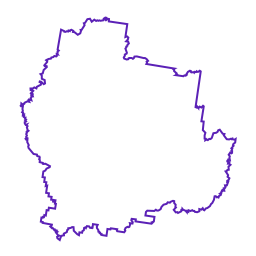 Walcha, New South Wales, Australia, rotated 269°
{"feature_id": "25037944B3824833794033", "entity_name": "Walcha", "entity_type": "district", "adm_level": 2, "iso_a3": "AUS", "parent_name": "Australia", "parent_adm1": "New South Wales", "projection": "mercator", "projection_center": [151.721, -31.198], "detail": "fine", "context": "isolated", "style": "outline", "palette": "violet", "viewbox_px": 256, "rotation_deg": 269, "n_neighbors": 0, "source": "geoboundaries", "source_scale": "gbopen_adm2", "svg_char_len": 5686}
<svg xmlns="http://www.w3.org/2000/svg" viewBox="0 0 256 256"><g transform="rotate(269 128 128)"><path d="M109.8,28.2L103.7,33.1L103.0,36.5L101.5,36.8L100.9,39.0L99.6,39.3L98.4,38.6L97.5,39.3L95.4,39.1L94.6,42.2L93.7,42.2L93.5,42.7L93.7,44.8L91.2,49.3L90.2,49.0L88.8,45.8L86.9,44.6L86.0,42.6L80.4,41.7L80.0,44.0L75.5,43.3L75.2,45.4L71.4,44.7L71.8,46.2L64.6,45.0L64.1,47.8L61.0,47.3L60.5,50.4L57.7,49.9L57.4,52.1L55.7,51.8L55.5,53.0L57.1,53.3L57.0,54.2L53.6,53.6L53.4,54.6L48.6,53.7L49.7,47.5L47.0,47.0L47.3,45.2L41.9,44.3L42.4,42.8L40.4,42.4L40.6,41.4L39.8,41.2L40.0,39.9L35.9,39.2L35.5,41.1L34.6,41.0L32.7,50.2L31.5,49.9L30.8,48.6L29.1,50.3L29.3,51.0L27.4,52.4L27.8,53.0L27.2,53.3L26.8,54.7L26.2,54.1L25.8,54.8L25.6,53.8L24.9,54.0L24.8,54.8L24.5,54.4L22.0,56.2L21.6,57.3L20.4,55.2L19.0,55.5L17.2,57.8L20.3,58.9L21.6,60.2L21.8,62.1L23.5,62.0L25.0,65.0L27.1,65.5L27.6,66.5L28.8,66.5L29.1,69.0L29.9,70.4L29.8,71.8L26.2,72.0L22.7,75.4L21.7,77.1L24.5,77.6L24.1,80.3L25.7,80.6L26.5,82.0L28.9,82.4L29.4,83.7L28.7,84.2L30.6,85.2L30.3,87.4L28.9,88.2L28.6,90.1L29.1,90.1L29.0,90.8L32.5,91.3L31.7,96.0L29.8,95.1L28.5,95.2L26.5,96.5L24.9,96.6L24.8,97.4L23.6,97.7L23.7,98.4L22.2,98.9L22.3,99.5L21.0,99.2L21.5,99.6L20.6,104.6L27.4,105.7L26.8,109.5L27.5,108.6L28.0,109.0L27.0,115.4L25.8,115.0L25.0,115.4L23.8,122.4L25.3,123.5L26.3,123.0L28.1,123.8L29.2,125.7L28.8,126.7L29.1,127.6L31.6,128.5L32.8,128.2L32.4,130.8L33.7,131.1L35.8,129.7L37.1,130.1L36.5,134.2L34.5,133.9L31.9,149.9L33.2,151.2L33.5,150.7L34.1,152.2L38.7,152.9L40.2,143.9L43.8,144.5L45.0,145.8L44.6,152.9L45.8,154.4L44.9,155.6L45.0,157.1L46.3,159.2L48.5,160.1L50.7,162.2L51.5,165.3L53.0,166.4L52.6,168.6L53.4,169.2L54.4,171.7L54.1,172.9L52.1,172.9L50.5,174.3L48.2,174.0L47.7,174.5L45.4,172.3L42.8,174.3L43.0,175.9L42.2,176.5L43.7,179.7L45.1,179.9L45.0,180.7L46.3,180.9L45.4,181.6L44.3,184.0L42.8,185.3L43.6,185.3L43.4,185.9L43.8,185.9L43.2,186.9L44.7,187.1L43.9,189.1L44.7,190.8L43.9,191.8L43.9,192.9L43.0,193.4L42.6,195.7L43.5,197.9L45.7,197.9L45.1,199.9L46.5,201.3L44.8,202.1L44.4,202.9L46.2,204.4L46.6,205.9L48.5,208.6L50.4,209.6L51.6,211.0L54.8,212.7L58.2,213.4L58.3,214.5L57.1,215.7L57.5,216.6L57.0,217.3L58.7,218.0L59.3,219.5L60.2,219.8L60.8,219.0L61.2,220.1L62.2,220.0L63.0,221.1L63.9,220.8L64.4,221.4L63.9,222.5L64.4,222.5L64.1,223.1L66.0,222.8L65.9,223.5L66.8,224.3L68.2,224.1L67.8,224.6L69.2,225.2L69.1,225.9L72.2,227.1L72.2,226.2L73.5,226.3L74.3,227.7L76.0,228.5L77.5,226.7L79.1,227.3L82.7,225.0L82.7,225.8L83.6,225.8L84.3,226.8L84.5,228.0L87.6,227.8L89.4,229.8L90.2,228.6L91.8,228.8L91.1,227.5L92.3,227.8L92.8,226.7L93.4,226.7L94.1,227.2L94.1,228.0L94.7,228.0L94.3,229.3L96.5,228.9L97.9,229.3L99.5,228.2L101.6,229.7L100.8,230.7L101.3,231.6L103.2,231.7L103.5,231.0L105.5,231.9L106.0,231.1L108.3,233.2L108.9,232.6L110.2,233.1L111.6,234.9L115.1,235.4L114.5,234.4L114.9,232.3L115.5,232.2L115.0,231.4L115.5,230.8L114.8,228.9L115.1,226.5L119.0,223.7L120.3,224.3L120.6,222.6L124.7,219.7L124.2,218.2L122.6,217.5L121.7,216.1L121.3,213.3L116.6,211.6L115.5,210.3L115.7,209.1L114.5,207.6L115.1,206.6L114.4,205.1L115.9,205.4L116.1,204.4L119.4,204.5L121.9,205.3L124.6,202.8L133.1,203.8L133.4,201.5L148.3,204.1L148.9,203.4L147.2,201.7L148.1,200.1L147.4,199.6L147.6,198.6L146.9,198.6L148.2,197.6L147.2,197.1L147.7,195.9L183.3,201.7L184.0,200.7L183.0,199.3L182.9,198.0L183.5,197.6L182.7,196.7L183.0,195.5L182.2,195.1L182.7,194.7L182.5,192.3L183.2,191.6L183.8,191.8L184.2,190.9L183.1,188.9L180.5,187.2L180.1,187.6L179.3,186.6L179.6,185.3L178.8,184.3L180.0,176.8L180.6,178.1L181.4,177.2L181.9,177.5L184.1,175.1L185.1,175.2L186.0,174.3L186.6,175.5L191.7,147.5L192.9,148.2L194.0,147.8L194.8,149.2L196.6,147.8L197.7,146.1L197.6,145.1L199.4,138.1L199.3,135.7L197.7,135.0L197.1,134.1L197.9,133.0L198.0,130.6L197.7,129.8L196.8,129.5L196.5,127.9L197.5,125.4L198.6,125.0L200.3,126.1L201.5,126.1L202.4,127.9L203.2,128.2L207.5,126.8L208.7,127.8L209.5,127.7L210.2,128.8L211.2,128.9L212.5,130.3L214.3,129.7L214.7,127.7L216.5,129.4L218.4,129.9L219.6,128.6L219.0,127.0L231.9,129.1L234.9,110.7L237.3,110.9L237.5,109.9L236.1,107.8L236.5,107.4L238.6,108.2L238.8,107.3L237.7,105.6L236.1,105.2L235.7,102.3L236.1,101.2L235.7,100.2L236.2,99.1L235.6,98.0L236.9,96.2L234.9,93.6L237.9,91.9L237.5,89.3L233.9,86.9L233.5,85.7L231.6,86.4L226.9,83.3L226.9,82.4L225.9,82.7L223.5,81.9L222.1,79.4L224.8,76.1L225.0,74.7L226.1,75.0L227.2,73.1L226.7,71.9L225.9,71.6L226.5,70.2L225.5,69.8L225.8,68.5L225.2,67.2L225.4,66.0L226.0,65.9L227.5,62.8L207.7,59.0L206.6,60.1L205.8,58.9L204.4,59.0L203.9,58.4L202.9,59.0L203.2,58.0L201.3,58.1L200.8,57.5L201.3,55.6L200.2,54.5L199.8,52.6L198.7,52.1L198.4,49.5L197.4,48.5L197.6,47.9L197.2,47.3L196.2,48.4L195.4,48.3L192.1,45.4L191.4,45.8L191.3,47.7L190.4,47.9L187.5,44.7L184.1,43.7L183.4,41.5L182.0,42.7L178.7,42.7L177.4,45.5L174.0,45.8L173.3,44.5L175.8,41.9L176.1,40.6L175.5,40.4L174.7,42.1L172.8,41.6L170.8,37.6L169.2,37.1L170.2,35.0L169.2,33.6L169.2,31.2L167.6,31.3L167.5,33.0L166.8,33.9L164.3,31.4L163.7,31.8L164.2,33.0L163.5,33.4L162.8,33.0L161.4,33.4L161.6,31.9L160.4,32.0L159.6,31.2L157.4,31.9L158.3,29.4L157.7,28.9L155.9,29.7L156.4,27.9L155.1,25.1L154.0,24.7L154.0,24.0L153.1,23.3L154.4,21.8L152.2,21.6L152.7,20.6L151.6,21.5L151.6,23.3L148.8,22.8L146.9,23.2L145.6,22.4L145.1,23.4L142.8,23.1L143.1,23.9L142.2,23.5L142.2,24.4L140.8,24.0L140.2,24.8L140.2,25.6L139.3,25.3L138.2,26.2L137.6,25.2L136.3,26.2L135.6,24.8L134.3,24.9L132.9,25.8L133.3,26.9L132.6,26.4L131.6,27.6L130.3,26.9L127.3,27.8L126.9,28.4L126.5,27.9L126.9,27.3L126.1,27.2L125.7,26.5L124.9,26.8L123.7,26.1L122.3,26.8L120.9,26.0L120.0,26.7L119.0,25.4L118.2,26.0L118.8,27.3L115.7,27.0L112.6,28.5L111.5,27.9L109.8,28.2Z" fill="none" stroke="#5b21b6" stroke-width="2"/></g></svg>